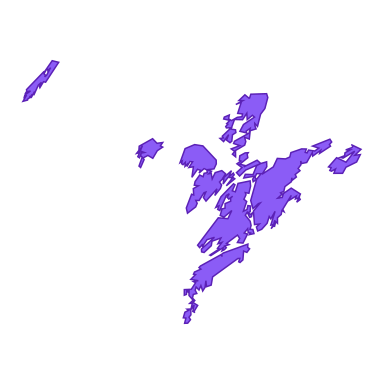 outline of Herøy nor, Norway
{"feature_id": "86288312B85977259263541", "entity_name": "Herøy nor", "entity_type": "district", "adm_level": 2, "iso_a3": "NOR", "parent_name": "Norway", "parent_adm1": "", "projection": "albers", "projection_center": [12.25, 65.989], "detail": "fine", "context": "isolated", "style": "filled", "palette": "violet", "viewbox_px": 384, "rotation_deg": 0, "n_neighbors": 0, "source": "geoboundaries", "source_scale": "gbopen_adm2", "svg_char_len": 6052}
<svg xmlns="http://www.w3.org/2000/svg" viewBox="0 0 384 384"><path d="M331.7,142.0L329.9,139.2L312.6,146.1L318.8,148.1L314.8,151.0L308.5,150.1L307.1,152.9L305.2,152.4L306.3,149.0L301.6,148.9L290.9,152.6L289.8,157.0L285.5,158.9L277.3,158.4L273.3,166.9L262.0,174.3L266.8,166.7L266.6,161.8L260.8,163.5L257.1,160.2L243.8,166.9L245.0,165.5L239.8,164.2L247.8,157.7L247.2,154.3L248.2,152.7L245.1,152.9L239.8,155.8L239.3,160.3L240.9,161.0L236.9,163.8L242.0,167.6L236.5,172.6L239.6,176.0L245.8,170.0L260.3,163.7L256.7,165.6L253.0,174.6L245.3,174.3L243.8,178.0L254.6,176.2L252.6,179.3L253.2,181.7L256.4,179.5L255.0,177.2L256.6,173.7L261.0,173.7L256.6,179.4L250.7,200.5L253.0,208.6L258.4,203.6L260.2,203.0L253.4,211.1L254.5,224.6L259.4,224.0L256.4,227.0L257.7,231.0L261.7,229.3L267.1,223.3L269.2,216.5L270.8,218.9L275.1,211.3L270.8,225.1L273.2,224.6L271.1,228.7L273.2,226.2L274.8,220.2L274.4,227.0L275.7,221.7L277.5,223.3L277.5,217.7L281.2,214.5L281.9,210.5L284.0,211.7L282.8,209.2L291.3,195.3L289.0,200.4L296.4,195.9L295.4,199.0L298.9,197.7L296.7,202.2L300.2,199.5L299.0,197.1L300.4,194.0L291.2,188.1L283.5,193.5L282.2,197.5L280.9,197.5L279.4,198.0L277.7,198.2L282.4,193.9L281.2,193.6L280.5,192.8L283.8,191.5L284.9,186.6L291.4,181.7L291.8,177.8L292.3,180.2L296.4,177.0L295.2,174.5L300.0,170.7L298.1,168.5L300.9,164.8L300.7,161.0L301.7,163.5L306.7,162.5L312.3,152.6L312.7,156.1L320.7,150.3L319.7,153.3L330.5,146.2L329.4,144.5L331.7,142.0ZM250.1,180.9L238.0,183.4L235.3,191.8L232.3,190.8L235.0,184.8L233.5,183.8L220.9,196.8L215.8,207.4L218.9,205.9L217.7,209.4L219.7,210.5L226.3,195.5L229.3,193.7L227.2,197.3L228.8,199.1L232.7,196.2L230.6,198.0L230.7,201.2L225.1,203.6L225.0,208.2L222.0,208.9L220.2,215.5L224.0,217.1L231.8,210.5L227.9,218.7L218.3,217.8L197.6,245.2L199.6,247.6L202.8,244.0L201.9,245.4L202.5,246.4L207.0,239.7L214.5,237.3L201.4,249.1L201.6,251.9L204.1,252.5L211.3,245.7L212.0,241.2L220.9,238.0L217.9,243.8L221.9,242.4L217.5,248.3L219.3,248.9L209.8,255.1L210.8,255.6L223.6,247.3L222.0,250.9L224.5,249.6L226.3,247.7L224.7,246.0L229.0,244.6L226.5,243.4L237.5,235.1L239.7,238.4L237.4,242.5L243.0,243.1L247.5,234.1L244.2,233.0L247.7,228.7L248.2,232.6L250.5,233.0L249.4,234.6L254.0,233.6L252.9,229.5L250.0,229.2L251.1,225.5L250.2,221.3L245.3,215.2L247.2,212.2L249.7,217.4L251.5,216.7L252.3,213.0L250.4,214.5L248.2,212.5L250.2,211.7L250.5,206.0L247.9,205.6L247.0,209.5L243.4,211.2L246.7,201.5L243.9,199.3L246.0,194.8L245.3,192.6L248.9,193.3L250.6,186.1L250.1,180.9ZM194.6,144.6L185.1,148.6L180.1,162.5L182.2,161.0L181.6,163.7L183.0,164.7L185.3,162.4L185.0,166.3L188.2,163.2L186.9,166.6L190.0,161.5L192.6,161.8L188.9,167.5L193.4,166.8L191.9,177.3L197.5,169.3L200.6,170.3L199.0,173.1L204.1,168.6L206.9,169.9L207.3,172.7L204.1,173.3L203.1,176.7L199.7,175.0L195.1,181.5L194.3,185.2L198.4,185.8L193.3,188.6L193.7,195.0L191.6,194.2L186.3,208.0L187.5,213.2L195.7,206.9L197.2,203.3L195.8,200.4L199.1,200.5L204.0,192.7L205.8,192.1L203.4,197.5L206.0,201.1L217.0,188.8L214.8,195.5L220.4,188.5L221.6,185.0L219.5,182.0L222.1,179.4L223.8,179.0L223.1,184.0L228.0,177.4L232.6,177.8L226.3,185.8L234.8,178.8L232.3,177.0L234.2,174.8L233.3,173.1L228.7,176.8L231.5,170.7L222.3,178.9L225.6,173.8L221.8,170.6L215.2,172.6L212.2,178.9L211.2,173.2L209.0,173.7L211.5,171.2L207.1,169.7L214.0,168.9L216.3,163.9L216.2,160.1L202.9,145.9L194.6,144.6ZM247.9,244.1L223.3,253.0L221.3,254.6L222.4,256.5L220.7,254.8L200.4,266.0L199.0,267.6L200.9,269.1L194.5,272.0L193.5,274.2L195.5,274.6L190.8,279.4L198.3,280.7L193.5,281.6L195.6,282.7L191.3,289.3L184.3,289.6L184.3,295.2L186.4,294.4L186.8,290.6L187.9,291.8L188.0,290.1L189.1,290.3L189.0,295.5L193.1,300.2L189.7,303.4L192.3,303.4L191.0,309.0L187.1,309.2L188.6,310.3L184.9,312.2L183.3,317.8L185.9,318.1L184.6,323.3L187.7,323.2L190.5,319.7L189.0,317.2L190.9,314.9L190.8,309.8L194.1,304.9L192.8,311.4L195.0,312.6L193.9,311.7L197.7,305.4L193.0,302.5L194.8,300.5L192.5,298.1L193.3,294.4L196.8,293.5L195.2,290.2L196.1,287.0L199.0,290.0L200.9,285.6L202.7,291.0L205.0,287.4L205.9,280.7L206.5,286.7L211.2,285.1L212.6,276.9L237.9,258.5L239.8,258.4L238.7,261.8L240.0,262.5L242.9,259.9L243.6,251.1L246.9,252.4L249.6,248.8L247.7,247.4L247.9,244.1ZM266.6,93.7L250.8,94.2L249.6,98.0L249.0,98.2L244.9,94.8L238.9,100.5L242.9,100.6L235.8,104.5L241.3,102.1L237.7,113.4L242.5,113.9L242.0,116.7L237.3,117.3L231.5,120.6L228.6,118.8L229.3,115.0L224.3,117.1L223.7,119.0L229.8,120.4L226.7,123.6L227.8,124.2L225.7,126.5L226.4,127.9L231.1,127.8L222.3,136.2L223.4,137.9L220.0,138.4L223.6,141.6L228.7,134.6L226.5,140.1L230.0,142.7L231.8,141.2L232.5,134.8L235.9,132.6L235.5,129.8L231.0,129.1L234.5,119.5L242.6,119.7L246.8,113.3L247.2,119.6L252.4,115.3L254.5,117.1L243.5,124.5L239.9,131.3L246.8,133.0L246.1,131.2L250.2,128.3L249.1,133.1L234.5,141.2L233.6,143.5L239.8,145.6L231.2,148.9L234.7,151.4L232.4,154.2L235.6,156.8L235.5,150.5L244.7,145.1L245.8,141.6L244.6,137.3L249.3,139.1L250.2,130.7L256.1,128.9L254.9,125.8L254.8,123.4L257.5,126.4L260.6,114.2L264.9,108.5L267.8,97.5L266.6,93.7ZM361.0,149.3L351.2,144.6L353.2,145.8L351.9,147.6L345.7,149.9L350.2,149.9L345.0,152.8L344.6,155.7L340.2,157.4L343.1,158.1L354.7,151.2L346.0,162.2L336.6,157.7L328.5,166.9L331.1,167.6L329.8,170.5L331.5,171.2L335.5,169.0L333.9,173.3L342.6,173.3L346.0,167.2L356.6,162.0L360.3,154.6L354.8,155.3L361.0,149.3ZM152.6,138.7L139.2,146.2L138.9,150.4L136.6,153.4L138.9,152.8L138.8,151.3L142.5,145.6L137.8,156.7L139.5,157.8L141.7,151.5L144.4,152.5L141.2,153.1L140.6,155.7L142.2,157.1L139.0,166.1L140.6,167.5L144.1,159.6L143.0,158.0L147.9,155.4L152.8,158.3L157.3,150.7L162.7,147.1L160.4,145.9L162.7,142.5L157.0,143.3L152.6,138.7ZM58.7,62.3L52.2,60.7L45.8,69.9L47.8,69.4L48.0,72.4L49.4,69.1L50.6,67.6L46.5,75.4L44.6,76.9L45.5,75.2L44.0,73.8L45.4,71.3L43.8,71.7L26.5,89.6L26.9,92.2L26.2,92.1L25.0,94.1L27.8,91.5L30.5,91.0L24.9,95.0L23.9,98.5L26.6,95.1L23.0,101.3L27.5,100.1L27.5,99.3L29.6,97.7L29.8,96.9L30.1,97.2L31.9,94.7L32.4,94.7L30.5,97.9L31.4,97.3L34.6,91.5L33.7,95.3L38.4,85.0L41.5,82.3L39.5,86.5L39.9,87.7L43.5,81.7L45.6,82.2L58.7,62.3Z" fill="#8b5cf6" stroke="#5b21b6" stroke-width="1.5"/></svg>